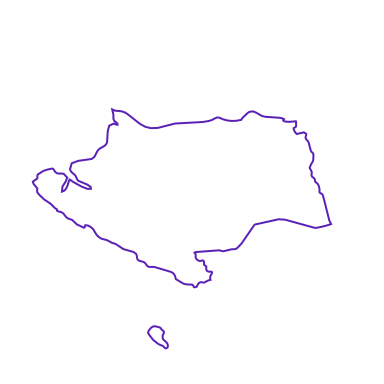 map outline of Johor (orthographic projection), rotated 145°
{"feature_id": "MYS-1143", "entity_name": "Johor", "entity_type": "State", "adm_level": 1, "iso_a3": "MYS", "parent_name": "Malaysia", "parent_adm1": "", "projection": "orthographic", "projection_center": [103.469, 2.081], "detail": "fine", "context": "isolated", "style": "outline", "palette": "violet", "viewbox_px": 384, "rotation_deg": 145, "n_neighbors": 0, "source": "natural_earth", "source_scale": "10m", "svg_char_len": 4118}
<svg xmlns="http://www.w3.org/2000/svg" viewBox="0 0 384 384"><g transform="rotate(145 192 192)"><path d="M227.3,109.4L228.9,110.1L231.1,110.5L233.6,110.7L234.3,111.1L236.4,113.0L237.9,113.5L239.3,113.3L242.6,111.7L244.7,112.5L245.0,113.5L244.6,114.7L245.0,116.0L249.9,119.8L251.6,121.9L255.2,129.9L254.0,133.1L253.9,135.8L254.9,138.4L265.2,151.4L266.4,152.6L269.5,154.8L270.5,155.7L271.1,157.2L271.1,160.0L271.4,161.6L272.3,163.1L274.8,166.1L275.3,167.8L275.0,169.1L273.6,171.9L273.3,173.5L274.3,176.4L280.9,184.5L284.4,193.3L287.0,196.7L288.6,200.2L289.6,201.8L292.5,205.1L293.4,206.6L294.5,209.7L294.7,212.4L294.3,218.5L295.0,221.4L296.6,224.4L298.5,226.0L300.2,224.7L301.0,224.7L304.9,231.5L306.2,237.9L308.8,241.5L309.5,243.6L309.7,248.3L310.5,250.3L312.2,252.2L313.3,254.0L312.6,255.4L313.5,257.3L314.5,263.2L317.4,270.8L318.7,277.2L318.9,280.7L317.9,282.3L316.7,283.5L317.1,289.7L316.4,291.8L311.2,291.8L310.5,292.3L309.0,294.3L308.3,294.8L302.0,294.5L299.2,293.9L293.6,291.7L292.5,290.7L292.4,289.3L292.5,286.6L291.7,284.6L290.0,283.1L288.1,281.8L286.7,280.5L285.9,275.3L289.7,272.9L294.9,270.8L298.3,266.9L295.7,266.3L293.2,267.0L290.8,268.3L286.1,271.9L285.1,272.4L284.6,271.4L283.8,268.9L279.3,259.7L276.0,254.7L272.9,252.6L272.1,254.3L273.5,258.1L278.8,266.5L278.8,268.4L278.1,272.3L278.4,274.1L279.0,276.1L279.4,278.3L279.0,280.5L274.1,284.5L267.4,282.8L255.2,276.6L251.7,276.8L246.0,279.8L243.1,280.5L237.4,280.0L235.3,280.2L233.1,281.4L225.9,290.4L221.7,293.8L216.7,292.9L216.5,292.3L215.5,290.8L214.4,289.8L213.9,290.5L214.0,292.0L214.7,294.1L214.8,295.3L214.5,296.8L212.0,300.5L210.0,305.4L208.3,302.7L203.4,298.5L201.4,295.8L200.2,293.0L195.6,277.8L193.0,272.4L189.1,267.9L183.2,264.1L166.6,257.8L142.9,243.1L137.2,240.4L134.1,239.5L130.9,239.2L128.6,238.6L127.0,237.2L124.7,233.5L122.0,230.3L118.7,227.4L114.8,224.9L110.4,222.9L108.2,223.7L101.2,224.8L98.9,224.7L95.7,223.0L93.9,220.2L91.2,214.3L88.9,211.6L77.5,202.4L75.9,200.7L74.9,198.9L76.1,198.6L76.3,198.2L76.0,197.6L75.9,197.0L74.1,195.2L71.6,193.4L66.3,190.3L66.3,190.2L68.7,186.5L70.0,185.7L71.6,186.0L72.1,186.0L72.6,185.3L73.0,184.2L73.2,181.4L73.1,180.2L72.8,179.3L72.4,179.1L72.0,178.9L70.9,178.7L70.5,178.6L69.7,178.1L67.6,177.2L66.6,177.0L66.2,176.7L66.0,176.4L65.7,175.5L65.2,174.7L65.1,174.2L65.3,173.6L67.7,171.6L67.9,171.1L68.1,170.6L68.2,169.6L68.1,168.9L67.9,167.9L67.9,167.3L67.9,166.8L68.2,165.3L70.9,157.9L71.1,156.9L71.1,156.3L70.7,154.8L70.6,154.3L70.9,153.4L71.6,152.2L74.4,148.6L75.6,147.7L78.8,146.3L81.8,144.3L82.2,140.7L82.6,139.4L84.3,137.4L84.7,136.7L84.8,135.9L84.8,135.4L84.4,134.2L84.0,132.5L84.2,131.9L85.0,130.2L85.1,129.5L84.9,128.4L84.6,127.7L84.4,127.0L84.4,126.3L84.6,124.7L84.9,123.5L85.8,121.5L86.2,120.7L86.7,120.0L87.6,119.1L87.7,118.6L87.7,118.1L87.3,117.1L86.7,116.1L86.6,115.3L86.6,114.6L87.9,110.8L95.8,90.1L96.5,85.9L102.6,87.9L109.9,90.9L111.9,92.1L131.7,116.0L136.7,120.0L158.7,129.1L159.4,129.2L160.0,129.2L180.9,121.4L186.9,120.2L188.7,120.2L190.5,121.1L192.3,122.3L200.1,125.4L200.8,125.9L202.0,127.2L202.8,128.3L203.1,128.6L223.1,140.5L224.3,140.9L224.8,140.8L224.6,140.2L224.6,139.6L224.6,139.3L224.7,139.0L224.9,138.6L226.4,136.6L226.6,136.2L226.7,135.7L226.7,134.7L226.7,134.1L226.5,133.2L226.2,132.4L225.8,131.7L225.1,130.9L224.7,130.6L224.2,130.5L223.0,130.1L222.6,129.9L222.3,129.6L222.1,129.2L222.0,128.7L222.1,128.4L222.4,127.6L222.7,127.0L223.6,126.0L223.7,125.8L223.8,125.5L223.8,125.2L223.1,123.4L223.0,122.8L223.1,122.5L223.5,122.1L224.0,121.7L224.5,120.8L224.7,120.4L224.9,119.5L225.0,119.1L224.9,118.7L224.7,118.2L224.4,117.7L224.0,117.2L223.7,116.9L223.4,116.6L222.2,116.0L222.0,115.8L221.7,115.4L221.7,114.8L222.2,114.1L225.3,112.5L225.6,112.3L226.9,110.4L227.3,109.4ZM308.7,93.4L309.0,100.3L308.7,102.0L307.0,103.2L304.4,104.1L301.6,104.3L299.6,103.5L296.9,100.6L295.8,98.9L295.8,97.7L295.8,96.9L295.2,94.6L295.3,93.4L296.0,92.6L297.7,91.7L298.6,91.0L300.0,88.8L300.0,86.8L299.4,84.7L299.1,82.4L299.4,80.9L300.2,79.5L301.4,78.6L302.9,78.8L303.6,79.4L303.8,80.2L304.0,81.9L304.4,82.9L306.1,85.6L307.0,87.4L308.7,93.4Z" fill="none" stroke="#5b21b6" stroke-width="2"/></g></svg>